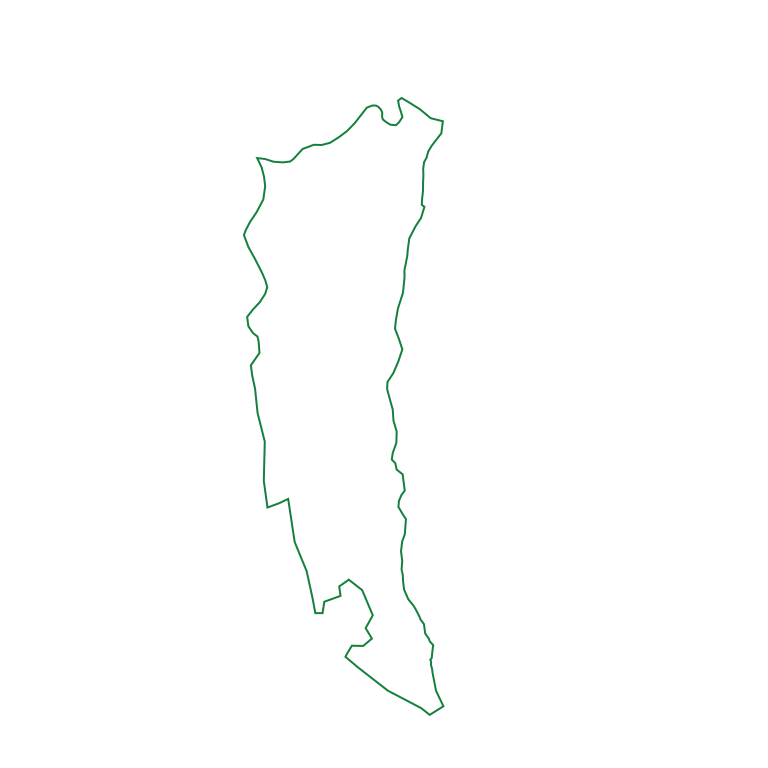 Kuyichirchik, Tashkent, Uzbekistan (orthographic projection), rotated 125°
{"feature_id": "79887680B71620655639392", "entity_name": "Kuyichirchik", "entity_type": "district", "adm_level": 2, "iso_a3": "UZB", "parent_name": "Uzbekistan", "parent_adm1": "Tashkent", "projection": "orthographic", "projection_center": [68.959, 40.953], "detail": "fine", "context": "isolated", "style": "outline", "palette": "green", "viewbox_px": 768, "rotation_deg": 125, "n_neighbors": 0, "source": "geoboundaries", "source_scale": "gbopen_adm2", "svg_char_len": 2194}
<svg xmlns="http://www.w3.org/2000/svg" viewBox="0 0 768 768"><g transform="rotate(125 384 384)"><path d="M628.8,156.8L613.9,150.5L607.2,162.3L605.4,165.5L599.2,171.9L593.0,178.3L589.5,181.5L587.7,183.9L584.3,186.3L583.4,187.9L580.9,187.8L575.7,190.8L569.7,193.9L568.6,198.9L566.8,201.3L564.8,207.1L561.3,210.3L557.8,213.5L555.9,219.2L554.1,221.7L550.3,229.0L548.5,233.2L546.4,240.6L540.9,249.6L533.9,255.9L529.6,259.1L526.0,263.1L518.3,267.7L511.3,274.1L502.7,278.7L495.1,280.8L489.9,283.9L482.1,288.5L480.2,293.4L476.4,301.7L471.3,304.7L464.5,306.1L459.5,305.8L456.0,309.0L447.3,316.9L446.9,324.5L442.4,329.3L441.4,334.3L435.4,337.3L425.2,340.1L415.7,346.3L408.6,355.2L399.8,362.3L394.5,368.8L386.5,378.4L380.4,382.3L369.6,382.6L356.9,385.3L345.1,388.8L337.9,398.5L332.4,406.7L325.6,410.5L314.4,415.8L305.1,418.7L298.3,420.8L291.4,424.7L284.6,428.5L279.3,432.4L265.7,438.4L260.5,441.5L250.2,446.8L236.8,448.6L226.7,448.9L215.7,452.5L215.5,455.9L210.4,459.0L203.5,462.8L196.6,467.5L190.5,471.4L185.3,475.3L179.3,478.4L174.3,478.9L168.3,481.1L161.6,481.6L154.9,481.3L147.5,480.9L145.8,480.8L135.0,486.5L139.5,498.2L138.3,512.3L139.1,526.9L139.7,533.7L143.8,535.0L148.2,530.5L151.5,526.0L154.8,522.0L161.0,521.8L165.1,522.6L167.9,527.4L168.2,532.1L168.0,536.3L166.9,538.3L162.6,541.2L160.9,544.2L160.2,547.8L160.6,550.5L162.5,553.2L167.5,556.6L177.8,557.1L187.0,557.6L197.8,559.3L207.4,562.4L217.5,566.6L224.0,572.2L228.3,578.7L238.2,585.5L251.6,587.2L255.6,588.5L260.5,594.0L265.3,602.0L267.9,610.5L271.7,617.5L276.8,608.4L283.1,601.1L290.1,594.8L302.1,588.7L316.3,586.9L328.0,586.7L337.3,585.5L342.4,584.1L349.6,573.6L355.2,562.1L362.6,548.1L367.1,540.8L371.6,535.2L378.4,533.0L388.4,532.7L398.4,534.1L407.5,534.6L414.5,528.2L417.4,520.8L417.7,514.9L421.3,510.9L430.0,503.8L445.0,503.8L452.9,496.6L461.7,487.0L480.1,471.1L499.6,448.6L532.3,426.9L552.0,408.6L541.3,401.2L533.1,396.6L564.7,366.5L581.6,340.1L600.5,319.6L611.1,308.8L606.9,302.9L596.6,308.0L582.5,298.1L575.5,304.6L564.5,300.6L565.4,283.6L579.9,260.5L594.5,259.0L599.5,247.9L610.5,250.8L616.8,260.2L625.8,259.6L629.6,259.1L631.0,243.4L633.0,205.0L628.2,167.6L628.8,156.8Z" fill="none" stroke="#15803d" stroke-width="2"/></g></svg>